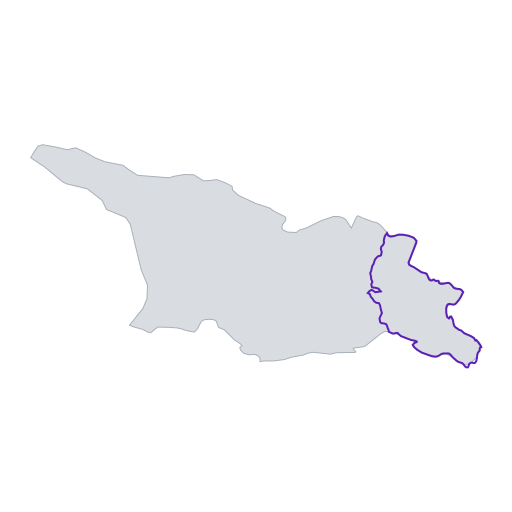 where Kakheti sits in Georgia
{"feature_id": "GEO-3033", "entity_name": "Kakheti", "entity_type": "Region", "adm_level": 1, "iso_a3": "GEO", "parent_name": "Georgia", "parent_adm1": "", "projection": "equal_earth", "projection_center": [45.882, 41.802], "detail": "fine", "context": "in_parent", "style": "outline", "palette": "violet", "viewbox_px": 512, "rotation_deg": 0, "n_neighbors": 0, "source": "natural_earth", "source_scale": "10m", "svg_char_len": 4412}
<svg xmlns="http://www.w3.org/2000/svg" viewBox="0 0 512 512"><path d="M260.0,361.7L260.1,360.0L259.6,357.4L257.5,355.5L254.6,354.3L249.2,354.8L244.1,353.5L240.6,350.2L239.8,347.7L241.9,345.6L240.4,343.9L234.3,339.8L224.2,329.7L218.5,327.4L216.3,321.1L214.0,319.8L209.1,319.2L204.0,319.8L202.9,320.5L201.3,321.5L197.1,329.4L194.3,332.1L187.4,330.8L181.7,329.0L177.0,327.9L168.0,327.3L157.7,327.1L150.6,332.8L147.7,332.0L142.5,329.3L134.0,327.0L129.5,325.2L142.9,308.5L147.0,298.6L147.2,292.6L147.5,285.1L141.1,269.5L135.8,247.3L130.3,224.3L125.8,217.5L106.5,209.5L102.2,200.5L87.4,188.9L66.5,183.8L62.4,181.7L44.7,167.1L30.7,157.7L33.9,152.1L38.2,146.1L42.6,144.7L55.4,147.0L67.2,149.7L75.8,147.8L86.0,152.5L95.2,157.9L104.6,161.7L122.9,165.3L129.7,170.3L137.6,175.3L169.0,177.8L171.6,177.0L173.9,176.3L184.5,174.5L193.9,174.8L203.6,180.9L209.9,180.5L216.7,179.6L225.3,182.8L232.1,186.4L232.6,190.1L238.5,195.4L255.8,203.5L269.8,208.1L274.2,211.3L284.8,216.6L285.9,218.3L285.6,220.5L282.5,224.5L281.7,228.1L283.2,230.1L287.6,232.1L296.4,232.5L299.6,229.9L306.3,228.1L312.8,224.8L321.6,220.5L333.5,216.5L338.2,216.5L342.8,217.7L346.0,219.9L351.3,228.1L356.7,216.6L358.1,215.8L362.9,218.1L371.5,221.3L377.5,223.0L380.7,225.3L389.8,235.7L404.6,235.2L410.8,236.8L414.2,238.5L415.7,240.5L413.0,250.9L409.3,261.7L409.6,264.3L415.6,268.4L423.6,272.7L428.0,276.2L430.9,279.3L437.3,281.7L444.8,283.2L448.4,283.3L452.2,286.0L461.9,290.9L463.1,292.1L461.5,295.3L457.6,301.0L454.5,304.0L451.1,304.4L447.7,305.7L446.5,308.8L446.4,312.8L447.0,315.7L447.9,316.8L451.3,317.7L454.8,326.1L460.2,330.3L468.6,335.2L476.1,340.7L479.8,345.7L479.1,349.4L476.7,357.0L470.4,363.4L465.2,365.0L463.4,364.4L460.0,362.4L453.1,357.5L445.7,353.6L440.0,354.9L436.2,356.4L428.8,354.6L420.0,351.3L415.4,348.0L413.4,345.5L414.8,341.2L394.9,333.4L385.3,331.2L380.9,333.6L366.2,345.3L364.5,346.5L353.3,348.2L353.3,349.1L355.8,351.6L355.3,352.4L336.5,352.7L330.3,354.2L313.6,352.3L308.1,353.1L303.4,355.0L291.9,357.1L284.0,359.6L273.9,360.9L263.5,361.0L260.0,361.7Z" fill="#d9dde1" stroke="#a8b0b8" stroke-width="1"/><path d="M387.0,233.1L387.7,234.7L388.4,235.7L390.6,236.6L393.5,236.2L398.9,234.6L402.8,234.7L408.5,235.7L413.7,237.7L416.5,240.9L416.2,243.0L408.5,262.6L409.1,264.7L411.2,266.0L413.9,267.2L421.3,272.2L426.0,273.4L427.0,274.3L428.9,279.0L429.6,279.9L430.5,280.4L431.8,280.5L432.2,280.3L433.1,279.6L433.7,279.5L434.1,279.7L435.3,280.7L435.8,281.0L437.1,280.9L438.0,280.7L438.7,281.1L439.1,283.0L440.7,283.8L442.8,283.8L446.8,283.0L447.4,282.9L448.0,282.8L448.5,282.9L449.2,283.0L451.0,284.4L453.9,287.9L455.9,288.7L459.9,289.1L461.5,290.0L463.2,292.1L460.6,297.3L459.2,299.6L456.3,303.1L455.3,304.0L454.2,304.5L452.8,304.6L449.6,303.9L448.2,304.1L446.9,305.5L446.2,308.5L446.3,313.0L447.1,317.0L449.0,318.5L449.5,318.0L449.9,317.2L450.3,316.5L451.3,316.5L451.4,317.0L452.9,319.8L453.0,320.4L453.6,323.9L454.2,325.8L455.4,327.3L458.9,329.7L459.7,330.1L461.1,330.4L464.3,333.3L470.9,336.1L474.2,338.1L475.3,340.5L476.4,340.1L476.8,340.4L476.9,340.5L477.4,341.3L478.7,342.7L480.8,345.9L481.3,347.2L481.1,347.3L480.5,347.3L479.9,348.0L479.8,348.6L479.7,350.2L479.6,350.8L479.2,351.3L478.3,352.2L477.9,352.7L477.2,355.1L476.9,358.2L476.3,361.1L475.9,361.6L475.0,362.9L473.7,363.1L472.4,362.7L471.1,362.6L469.6,363.5L468.9,364.9L468.5,366.3L467.9,367.3L466.4,367.3L465.2,366.6L463.3,364.1L462.2,363.1L458.1,361.8L456.7,360.9L452.7,357.3L450.7,354.9L449.6,353.9L448.4,353.4L443.3,353.5L441.8,353.8L440.0,354.9L438.3,356.0L436.9,356.5L435.3,356.7L432.0,356.3L421.9,352.7L418.5,350.6L417.2,349.8L414.4,347.4L412.7,344.9L414.3,343.0L415.8,342.5L416.8,341.9L416.7,341.4L415.1,340.8L410.7,339.9L400.9,336.1L398.7,334.1L397.7,333.0L396.7,332.8L394.5,333.5L393.1,333.6L392.1,333.4L388.8,331.7L388.6,330.2L388.2,329.0L387.6,328.0L387.1,325.8L385.9,324.0L383.8,323.4L381.6,323.2L380.4,322.5L379.9,320.7L379.5,318.3L381.9,313.1L380.6,308.3L380.1,305.5L378.9,303.1L376.3,302.8L374.1,301.2L372.6,298.8L370.8,296.8L369.9,294.2L367.8,293.0L369.6,291.0L371.7,289.8L375.4,292.2L380.8,291.4L378.4,288.6L375.1,287.7L373.5,287.6L371.9,287.1L371.3,284.3L372.4,281.9L371.2,279.1L371.0,276.6L370.2,273.2L371.1,271.2L372.2,266.1L373.5,264.1L374.9,259.7L376.5,257.7L378.3,256.1L379.7,255.9L381.0,255.4L381.7,252.0L380.8,248.5L381.5,246.4L383.0,245.1L384.0,242.9L383.8,240.2L384.8,236.2L387.0,233.1L387.0,233.1Z" fill="none" stroke="#5b21b6" stroke-width="2"/></svg>